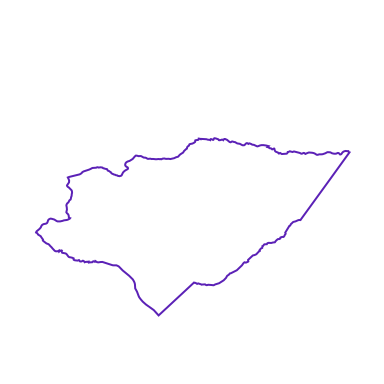 the Province of Cuando Cubango, rotated 317°
{"feature_id": "AGO-1888", "entity_name": "Cuando Cubango", "entity_type": "Province", "adm_level": 1, "iso_a3": "AGO", "parent_name": "Angola", "parent_adm1": "", "projection": "mercator", "projection_center": [19.423, -15.802], "detail": "fine", "context": "isolated", "style": "outline", "palette": "violet", "viewbox_px": 384, "rotation_deg": 317, "n_neighbors": 0, "source": "natural_earth", "source_scale": "10m", "svg_char_len": 6006}
<svg xmlns="http://www.w3.org/2000/svg" viewBox="0 0 384 384"><g transform="rotate(317 192 192)"><path d="M276.0,206.2L277.8,208.4L279.3,210.7L277.9,210.7L278.3,211.3L278.7,213.0L279.5,213.9L279.7,215.5L281.1,215.9L281.7,216.2L281.7,216.7L281.3,217.3L280.9,218.0L280.7,218.8L280.7,219.5L281.8,221.9L281.7,222.9L281.8,223.2L282.6,223.3L283.1,223.6L283.4,224.9L283.6,225.5L287.2,228.4L287.7,228.6L288.0,228.6L289.1,228.3L289.3,228.1L290.0,228.6L291.1,228.8L291.5,229.2L291.8,229.8L292.9,231.4L293.8,231.7L294.2,231.9L294.5,232.3L297.5,237.0L297.9,238.2L298.3,238.8L298.9,239.1L300.2,239.5L300.7,240.1L300.8,241.2L301.0,241.6L301.7,241.7L304.2,242.7L304.8,243.2L306.6,245.2L307.4,246.3L308.0,247.5L308.5,249.5L308.8,250.1L309.4,250.6L310.7,251.2L312.3,252.7L313.4,253.5L315.9,254.6L317.8,255.1L318.4,255.4L320.2,257.3L320.4,257.8L320.7,258.9L321.5,260.2L322.5,261.4L323.5,262.2L325.3,262.9L325.7,263.4L325.9,264.1L325.8,265.4L326.3,265.9L327.0,266.1L329.1,265.7L330.4,265.8L331.6,266.3L332.5,266.9L333.3,267.9L334.2,268.7L333.9,269.3L333.9,269.8L334.2,270.4L297.2,277.7L253.0,286.3L252.2,286.5L252.0,286.4L251.3,285.5L250.1,284.9L247.7,284.1L245.9,283.1L245.2,282.9L243.5,283.0L242.9,282.9L242.2,283.0L241.5,283.3L240.8,283.5L240.1,283.2L232.5,285.3L232.0,286.4L230.6,286.7L229.4,287.2L228.3,287.3L227.4,286.4L226.2,285.8L225.5,285.6L225.2,286.0L224.9,286.2L224.2,286.1L223.5,285.8L223.2,285.4L222.6,285.0L221.1,284.9L219.5,285.0L218.4,285.3L217.9,285.0L216.7,284.1L215.3,283.4L213.2,281.3L212.2,280.9L211.1,281.2L209.5,279.8L209.0,279.6L207.1,279.9L206.6,279.6L205.2,280.8L204.2,280.4L203.1,280.4L202.2,280.6L201.6,281.2L201.3,280.8L200.7,281.1L200.1,281.2L199.0,281.2L196.6,281.4L194.8,280.8L193.2,279.9L186.7,279.9L186.5,280.1L185.8,281.2L185.1,281.1L183.3,280.4L183.0,280.1L182.6,279.3L181.8,279.1L180.8,279.2L178.5,279.7L171.4,279.8L164.9,277.9L164.2,277.4L162.4,277.6L160.7,277.3L159.8,277.5L158.4,278.0L155.0,278.2L149.6,277.2L145.9,275.4L144.3,275.0L143.8,274.5L142.9,273.4L140.6,270.9L139.4,270.3L139.0,269.9L138.8,269.5L138.5,268.4L136.3,266.6L135.8,266.3L135.7,265.8L134.2,263.1L133.1,262.7L133.1,262.3L132.4,260.6L131.9,260.2L131.7,259.6L83.4,259.5L83.5,252.3L81.6,242.9L81.2,238.6L81.3,235.7L81.6,233.0L82.1,231.5L83.8,227.4L84.7,223.8L87.3,220.6L88.0,219.4L88.5,218.1L89.1,215.6L88.9,210.4L87.8,202.1L87.7,196.7L87.3,195.4L86.7,194.1L86.0,193.4L84.1,191.6L78.8,182.1L77.7,181.1L75.4,179.5L74.7,178.5L74.2,176.5L73.4,176.8L73.1,176.4L72.7,175.5L72.4,175.3L71.1,175.3L69.1,173.6L68.3,173.2L68.3,172.9L68.9,172.4L67.5,171.4L67.1,171.0L66.0,170.3L65.6,170.2L65.6,169.9L65.8,169.4L65.6,168.3L65.3,167.8L64.0,167.5L63.4,167.1L62.9,166.6L62.7,166.1L62.9,165.1L62.9,164.7L61.6,164.2L59.8,162.1L59.4,161.4L59.3,160.7L59.5,160.4L60.1,160.0L60.2,159.7L59.9,159.4L59.7,158.6L59.2,157.9L58.8,157.2L57.9,156.1L57.6,155.4L57.6,154.5L57.9,152.1L57.8,151.1L57.3,150.2L55.8,148.2L55.6,147.8L56.4,146.1L56.8,146.0L56.7,145.7L55.9,145.2L54.2,145.0L54.8,144.1L53.7,143.9L52.7,143.2L51.9,142.4L51.5,141.4L51.5,137.9L51.6,136.9L51.5,134.6L51.6,133.0L51.3,131.9L50.6,130.6L50.4,130.0L49.8,126.2L49.9,125.7L50.0,125.5L50.5,125.3L50.6,125.0L50.9,122.6L51.2,121.1L50.4,118.2L50.4,117.8L50.7,117.1L50.7,116.5L50.3,115.3L51.1,114.9L51.5,114.8L55.3,115.0L57.2,114.8L58.5,114.2L59.9,113.9L61.0,114.1L61.8,114.4L63.2,115.3L64.0,115.7L64.9,115.8L65.8,115.5L67.0,114.8L68.1,114.4L69.1,114.5L70.0,114.8L70.5,115.1L71.1,115.9L72.4,118.0L72.7,118.9L73.2,120.9L73.7,121.9L75.4,123.5L77.6,124.8L79.0,125.4L81.4,127.1L82.5,127.6L83.6,127.9L84.3,128.1L85.0,128.0L84.6,127.2L84.6,126.7L85.8,125.0L86.1,124.2L86.2,123.6L86.1,122.0L86.3,121.1L88.5,119.6L89.8,118.0L91.0,116.1L91.6,115.7L92.6,115.3L93.0,115.2L94.5,115.3L96.4,114.6L96.9,114.5L97.9,114.7L98.3,114.6L100.3,113.2L101.2,112.8L102.8,111.4L103.6,110.9L103.9,110.6L104.8,109.4L105.1,108.5L105.0,104.7L104.7,103.6L104.7,102.7L105.1,101.9L108.6,101.1L109.9,99.9L110.6,98.4L111.1,96.7L112.4,97.2L121.9,102.5L123.2,102.8L124.3,102.9L125.2,102.7L126.7,103.0L131.9,105.4L133.6,106.0L134.9,106.3L135.8,106.7L138.4,108.8L138.8,109.0L139.5,109.2L140.0,109.7L140.4,110.5L141.9,111.5L142.9,112.7L143.2,113.2L143.2,113.8L143.4,114.3L143.9,114.9L144.3,115.8L145.0,116.7L145.4,117.3L145.4,117.7L145.1,118.3L145.0,118.8L145.7,120.4L145.8,121.3L146.1,122.1L145.9,122.9L146.1,124.3L146.5,125.0L146.9,126.1L147.5,126.9L147.9,128.0L148.6,128.8L148.8,129.7L149.9,131.1L151.4,131.8L151.9,131.8L154.8,130.7L156.2,130.6L157.8,130.7L160.6,131.4L161.4,131.0L161.7,130.3L161.2,128.4L161.2,127.5L161.5,126.7L162.2,126.1L163.2,125.6L164.4,125.5L165.7,125.8L167.6,126.7L171.1,127.4L174.5,127.0L175.8,127.1L176.5,127.9L177.5,129.5L178.6,130.3L179.3,131.2L180.1,133.7L180.4,134.2L181.1,134.8L181.7,135.8L182.1,137.3L182.4,137.7L182.8,138.1L183.9,138.9L184.3,139.3L185.0,140.4L186.0,141.2L188.0,143.5L190.3,145.3L191.0,146.3L191.7,146.6L192.1,147.3L193.1,147.5L194.5,148.5L195.6,150.1L197.6,151.8L198.6,153.1L202.0,155.1L204.0,155.7L205.5,156.5L206.0,156.7L207.8,156.5L209.2,156.5L212.4,157.1L214.2,156.6L217.2,156.6L217.8,156.8L218.0,156.7L218.6,156.2L219.5,155.8L220.2,155.8L221.4,156.0L221.7,155.9L222.3,155.5L222.6,155.4L223.3,155.6L225.2,156.8L226.7,157.3L228.3,157.5L228.9,157.2L229.2,156.8L229.6,156.5L230.5,156.9L231.8,158.0L232.5,158.1L233.3,157.5L234.2,158.6L234.3,159.2L234.5,159.5L234.8,159.4L235.0,159.5L238.5,163.2L239.3,164.6L240.4,165.8L240.7,166.5L241.3,166.2L241.7,166.1L242.0,166.4L242.4,166.8L242.7,167.9L243.2,168.4L243.9,168.1L245.0,167.9L245.9,169.0L247.2,171.5L247.2,171.8L247.0,172.3L247.2,172.7L248.3,173.5L249.6,174.1L250.1,174.6L250.2,175.4L251.1,175.2L251.8,175.3L252.4,175.9L253.2,177.8L253.6,181.1L254.2,182.0L255.6,182.3L256.0,182.6L256.8,184.0L257.6,185.1L258.1,187.0L258.5,187.7L259.8,189.3L260.8,192.2L261.9,193.3L263.1,193.5L264.3,193.3L265.5,193.7L265.9,194.4L265.9,194.9L266.0,195.3L267.0,195.5L267.3,195.8L268.1,197.5L268.3,198.4L269.4,199.7L270.5,202.4L270.8,203.1L271.4,203.5L273.6,204.4L274.9,205.2L276.0,206.2Z" fill="none" stroke="#5b21b6" stroke-width="2"/></g></svg>